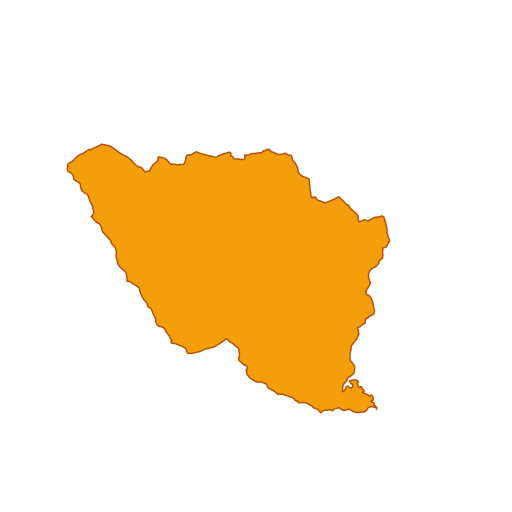 outline of Abriaquí, Antioquia, Colombia, rotated 138°
{"feature_id": "7082276B50161152068200", "entity_name": "Abriaquí", "entity_type": "district", "adm_level": 2, "iso_a3": "COL", "parent_name": "Colombia", "parent_adm1": "Antioquia", "projection": "robinson", "projection_center": [-76.083, 6.629], "detail": "fine", "context": "isolated", "style": "filled", "palette": "amber", "viewbox_px": 512, "rotation_deg": 138, "n_neighbors": 0, "source": "geoboundaries", "source_scale": "gbopen_adm2", "svg_char_len": 6083}
<svg xmlns="http://www.w3.org/2000/svg" viewBox="0 0 512 512"><g transform="rotate(138 256 256)"><path d="M371.9,229.6L369.2,226.8L366.8,225.3L363.3,223.6L362.2,222.8L360.4,222.4L359.1,221.6L357.9,221.3L356.2,221.2L354.0,219.6L348.0,216.4L336.7,214.5L333.3,214.5L333.2,214.1L333.1,210.8L331.7,206.0L331.4,202.3L330.7,199.2L331.2,197.9L332.8,196.0L333.6,194.4L335.2,192.9L337.5,191.3L338.2,190.3L338.5,188.8L337.8,187.1L338.0,184.4L337.6,182.3L336.5,180.9L336.4,180.0L336.9,178.9L337.2,178.5L339.9,177.7L340.1,176.3L341.7,174.5L342.0,173.3L341.9,171.8L342.2,170.7L342.1,168.8L341.4,167.3L340.4,163.2L339.6,161.5L338.1,160.5L336.3,158.7L334.6,155.2L334.2,153.8L334.2,153.0L335.0,150.8L335.1,149.1L333.5,145.1L332.7,142.5L332.3,139.1L331.8,138.2L329.3,136.1L327.9,134.1L323.8,126.6L323.3,125.2L323.2,124.6L323.6,123.3L323.0,121.0L322.1,120.7L322.0,120.4L322.7,119.1L322.6,118.4L319.7,116.2L316.9,113.3L315.3,108.0L314.7,107.3L314.9,104.5L314.2,103.8L312.9,100.9L312.7,99.6L312.9,97.0L312.6,96.2L309.7,96.0L307.7,95.3L307.2,94.9L306.8,93.8L304.4,92.9L303.0,90.2L302.6,89.9L299.2,89.7L297.2,88.3L295.5,87.7L295.7,86.0L294.3,82.5L292.8,81.7L291.1,80.9L290.2,80.9L289.6,80.5L288.4,77.4L287.9,75.3L286.1,72.6L284.0,70.7L281.7,69.2L280.1,67.7L277.5,67.3L274.6,68.1L271.8,67.5L270.4,66.3L269.9,65.3L269.3,64.8L268.5,63.0L268.4,62.5L268.5,61.8L267.8,62.4L267.6,63.8L267.9,66.5L266.8,67.5L267.6,70.8L267.4,71.2L266.8,71.3L265.4,70.6L264.9,70.6L264.0,72.2L263.2,74.0L263.4,75.7L265.2,75.7L265.6,76.0L265.6,77.8L265.9,78.6L268.3,82.7L268.2,83.4L267.7,83.6L266.9,82.7L266.5,82.8L265.8,83.8L265.6,84.5L265.8,86.0L265.2,88.4L265.8,89.0L267.4,89.1L267.5,90.0L266.7,92.3L266.0,93.5L265.5,93.7L264.5,93.5L264.0,95.5L264.1,96.2L266.2,98.6L269.9,100.5L270.2,100.1L270.7,98.4L270.6,97.3L270.0,95.9L270.9,95.0L271.3,94.1L272.8,94.0L273.5,94.3L274.0,94.9L274.8,96.5L274.9,97.8L275.1,98.1L276.5,98.4L277.3,97.6L280.2,96.7L281.8,96.9L282.3,97.2L282.5,97.5L281.0,98.5L280.4,99.7L277.7,101.7L276.2,102.2L272.8,102.5L270.4,103.2L269.4,103.9L268.7,104.0L265.6,103.4L262.4,103.3L261.2,103.6L258.6,105.8L256.8,107.7L256.1,109.7L255.8,115.1L255.3,116.4L252.8,119.3L247.6,123.3L245.5,125.5L244.2,125.5L241.8,126.3L240.1,126.2L239.1,126.6L237.4,126.8L232.0,129.0L229.7,132.3L229.0,134.4L228.6,134.8L227.8,134.7L226.7,134.1L225.5,133.9L222.8,133.9L221.4,133.6L220.5,133.0L220.0,133.0L219.7,133.5L218.3,134.3L216.8,135.7L215.2,135.8L214.8,135.2L214.3,135.0L212.6,135.6L210.5,134.7L209.4,134.7L207.7,134.1L204.8,135.6L203.2,138.9L202.0,140.6L199.6,144.8L198.8,146.7L198.5,151.3L199.7,153.6L199.6,154.1L198.8,155.0L198.3,156.2L190.7,158.5L189.6,159.2L188.5,160.5L187.3,163.7L186.6,164.8L184.5,167.4L183.7,168.0L181.7,168.7L179.5,169.0L177.6,168.9L174.9,168.1L172.0,168.0L169.7,168.5L168.6,169.4L167.4,169.9L163.3,169.9L161.2,171.7L159.3,174.3L157.6,175.6L156.8,177.2L155.3,176.4L153.5,175.8L152.2,175.9L146.6,177.9L146.0,178.7L145.4,181.0L144.9,182.1L144.1,183.2L143.0,186.0L141.7,187.1L139.8,189.7L137.3,194.2L135.0,199.1L135.4,201.2L136.2,202.0L137.7,202.3L141.9,205.2L145.3,206.2L148.0,206.8L149.4,207.5L150.2,208.4L151.0,210.4L155.4,211.8L156.1,212.1L156.4,212.6L156.2,213.5L153.8,216.9L152.9,219.0L153.4,221.5L153.4,224.2L154.0,226.3L154.0,227.1L153.7,230.2L153.1,231.8L154.0,233.1L154.2,233.8L154.7,244.2L155.2,244.8L159.1,245.7L168.4,248.8L169.9,250.7L171.7,254.4L172.8,255.7L172.8,256.9L172.4,259.3L172.6,260.3L173.1,260.8L174.9,261.5L175.2,261.9L175.2,262.9L174.4,265.0L173.1,266.1L171.8,268.7L165.1,277.6L165.1,278.0L166.0,279.6L166.8,281.7L168.0,283.7L168.9,287.6L168.3,290.2L166.1,293.7L164.7,298.3L164.6,303.0L163.5,304.8L162.6,306.9L163.0,307.8L164.5,309.4L165.1,311.8L165.5,312.8L169.0,314.4L171.8,316.9L172.2,317.4L173.4,321.0L174.9,323.4L174.9,324.9L174.7,326.2L176.1,327.5L178.2,328.1L180.3,329.3L182.4,328.8L182.8,329.0L184.0,330.2L188.7,333.2L190.2,334.7L191.6,335.4L193.5,335.8L194.7,336.4L196.1,338.2L196.8,338.3L197.4,337.9L198.4,336.6L199.3,336.0L200.5,335.9L201.0,336.1L204.1,339.8L207.2,342.5L206.9,345.8L207.8,347.5L207.5,348.0L205.9,349.0L205.9,349.8L206.2,350.7L206.7,351.3L209.8,352.5L211.2,353.6L214.8,354.8L216.2,355.5L218.8,355.6L219.8,356.0L222.1,359.7L224.7,363.2L226.8,366.7L228.2,368.2L230.6,373.4L233.5,374.1L235.7,374.2L238.7,376.4L240.1,377.0L241.3,376.6L246.0,373.2L248.4,372.7L249.7,373.5L251.2,374.9L253.1,376.0L254.0,377.0L255.4,379.2L257.3,380.4L257.9,381.1L258.1,382.6L257.9,386.7L258.0,387.9L258.9,390.4L261.7,394.6L262.2,394.9L263.0,394.7L264.8,392.8L267.7,392.6L271.1,392.7L274.8,391.7L275.7,391.7L277.8,390.2L280.4,391.8L282.2,392.6L282.0,398.8L282.2,399.2L283.7,400.6L284.4,403.7L284.6,406.2L284.5,410.2L285.2,415.2L286.3,418.4L287.7,421.4L290.4,433.9L291.0,435.5L292.0,437.1L296.1,442.5L299.2,443.1L303.6,444.6L307.2,445.4L308.2,445.8L308.3,446.5L308.7,446.9L310.1,447.0L312.0,447.5L316.0,447.9L318.6,449.0L320.2,449.4L323.3,449.6L328.2,449.3L334.3,450.2L337.7,447.2L338.7,445.8L339.0,445.0L339.1,444.3L338.1,442.3L337.8,439.4L338.4,437.5L339.8,435.2L340.0,434.1L339.8,433.0L338.8,430.4L338.3,427.6L338.7,426.6L340.1,424.9L341.6,421.6L341.2,417.5L340.2,415.4L340.2,414.0L342.8,407.5L344.0,402.8L345.2,401.2L346.0,399.0L347.6,396.8L348.5,396.2L349.4,395.9L352.0,395.7L351.8,393.9L352.1,390.6L352.1,389.4L351.8,387.4L350.9,384.8L350.8,383.4L351.0,382.5L353.8,376.6L353.7,371.5L354.0,368.1L353.4,365.5L354.5,363.4L354.9,362.0L355.1,360.2L354.8,358.6L354.9,357.1L355.5,355.3L357.0,352.7L357.9,351.3L359.9,349.7L360.8,348.5L362.4,345.0L363.9,342.7L364.4,340.3L364.4,338.6L364.0,334.0L363.6,332.1L363.7,330.5L366.6,325.9L368.7,323.5L367.0,321.8L366.3,318.6L364.7,313.8L364.1,310.8L364.3,309.8L365.4,308.6L365.9,307.3L368.3,300.7L368.6,297.8L368.5,295.5L368.6,294.6L368.8,293.6L370.2,290.7L370.2,290.2L369.3,287.5L369.5,286.3L371.5,280.7L372.1,277.6L373.0,276.1L374.6,274.3L375.2,271.9L375.5,269.3L375.3,268.5L373.8,267.2L372.6,264.0L372.5,263.0L373.5,260.4L373.9,255.2L375.1,250.9L375.0,249.2L376.6,249.0L377.0,248.2L377.0,247.7L374.4,244.6L373.1,241.5L371.9,239.8L370.9,237.0L370.1,234.1L371.5,231.1L371.9,229.6Z" fill="#f59e0b" stroke="#b45309" stroke-width="1.5"/></g></svg>